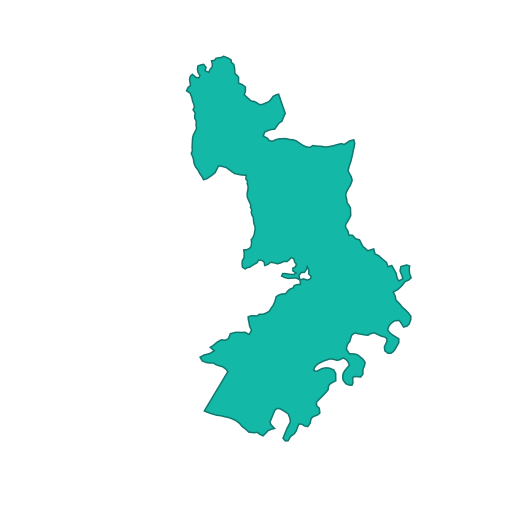 Entre-Ijuís, Rio Grande do Sul, Brazil (Albers equal-area conic projection), rotated 130°
{"feature_id": "56859067B25035213564080", "entity_name": "Entre-Ijuís", "entity_type": "district", "adm_level": 2, "iso_a3": "BRA", "parent_name": "Brazil", "parent_adm1": "Rio Grande do Sul", "projection": "albers", "projection_center": [-54.301, -28.49], "detail": "fine", "context": "isolated", "style": "filled", "palette": "teal", "viewbox_px": 512, "rotation_deg": 130, "n_neighbors": 0, "source": "geoboundaries", "source_scale": "gbopen_adm2", "svg_char_len": 5830}
<svg xmlns="http://www.w3.org/2000/svg" viewBox="0 0 512 512"><g transform="rotate(130 256 256)"><path d="M367.4,112.4L363.8,112.8L361.3,113.8L357.4,115.2L355.4,112.9L355.0,109.7L353.5,106.8L349.4,107.0L346.0,108.9L343.3,109.3L340.8,108.1L337.7,106.5L335.2,106.2L331.9,109.7L331.8,113.3L329.0,115.8L319.5,115.0L315.1,114.7L312.0,114.8L309.8,116.4L307.3,117.2L304.1,116.3L300.3,114.7L294.8,119.4L293.3,123.3L294.8,127.9L296.8,130.7L299.7,133.0L302.1,134.1L305.5,135.5L306.6,138.2L304.4,139.3L302.0,139.6L298.5,139.1L293.0,136.7L287.4,133.3L285.4,130.4L283.7,126.6L281.0,124.8L278.2,123.9L277.4,120.8L277.8,117.9L279.5,114.3L287.1,114.3L290.1,113.6L292.4,112.3L295.1,109.5L296.1,105.1L295.1,101.9L293.4,99.4L290.7,100.2L288.5,102.6L286.2,103.8L283.6,101.4L281.5,98.0L277.8,98.2L273.9,101.3L270.5,102.3L267.4,104.0L266.3,107.8L266.3,112.2L266.6,115.3L268.0,118.0L270.8,121.6L269.3,126.8L266.2,128.7L263.7,129.3L261.2,129.2L258.4,130.5L255.3,131.8L251.3,130.9L250.3,128.5L248.6,125.6L246.6,122.1L244.8,119.3L241.8,118.3L238.8,116.0L237.8,111.9L236.7,108.0L235.3,105.4L235.2,102.6L237.4,100.7L240.0,100.1L243.2,99.2L245.8,96.3L245.7,92.5L243.8,90.1L241.0,89.4L238.0,89.5L234.9,90.1L230.6,90.9L227.7,93.3L228.1,96.2L228.7,100.7L228.8,104.1L228.1,107.6L224.2,109.2L220.6,109.2L216.6,108.2L213.3,104.7L214.4,100.7L215.6,97.3L212.8,95.3L209.5,95.0L205.2,96.6L202.6,98.7L201.7,102.4L201.2,107.0L201.2,111.0L200.4,114.8L199.7,120.7L197.2,123.7L195.3,127.7L190.6,125.8L187.6,125.4L184.0,125.1L179.9,125.4L176.3,123.6L173.0,123.1L171.0,126.7L167.6,130.2L164.9,131.8L166.0,134.8L170.9,138.2L174.8,136.1L178.8,128.8L183.3,130.5L182.5,133.2L179.1,137.7L176.0,145.9L179.4,148.0L177.0,151.9L177.1,155.7L176.9,162.4L177.9,166.2L174.9,170.4L180.2,173.8L179.9,177.5L180.1,180.1L177.1,187.1L178.8,190.8L178.1,195.4L180.3,198.2L177.9,201.4L176.4,205.9L174.1,207.6L170.7,208.0L164.3,209.3L158.5,214.5L157.3,217.7L156.6,220.5L154.0,223.3L151.8,226.4L148.6,227.9L144.5,228.7L141.1,229.2L136.3,230.9L134.0,234.0L132.9,237.1L131.6,240.2L128.5,241.8L125.7,243.0L122.2,244.3L118.8,246.0L116.4,247.2L113.0,249.1L108.9,251.2L106.4,252.7L104.1,255.8L107.9,258.4L111.2,259.3L113.9,260.2L115.1,262.9L117.1,264.4L119.6,266.2L121.7,267.5L124.4,269.7L127.7,272.5L130.0,276.5L132.6,279.9L135.0,283.6L138.0,284.3L139.8,287.2L140.9,290.3L141.5,294.4L141.9,299.0L143.0,302.1L145.2,305.2L147.0,308.8L149.2,311.2L151.4,313.6L154.1,315.6L157.6,317.2L159.1,320.0L158.4,322.8L159.4,327.6L155.4,329.0L151.7,327.2L149.3,325.6L146.9,323.2L143.0,323.6L139.6,323.8L135.9,322.8L133.0,323.8L130.3,324.7L128.0,325.2L117.5,342.7L119.8,344.3L122.7,345.5L126.3,345.2L129.5,345.3L136.2,348.8L137.9,351.0L138.1,354.1L138.9,357.0L140.4,359.2L140.2,364.5L140.0,368.7L136.9,369.8L133.4,372.6L133.5,376.6L134.8,380.4L132.5,382.4L130.3,384.2L129.8,386.8L129.8,389.5L127.9,391.2L125.6,393.4L123.5,396.2L123.5,399.2L121.8,401.2L122.4,404.9L123.9,409.3L126.3,410.2L128.2,412.1L130.4,413.7L132.8,413.5L135.0,415.6L136.9,413.0L139.3,411.1L142.6,411.1L145.8,410.3L146.7,414.2L143.6,415.5L142.9,419.4L145.5,421.4L147.9,422.6L150.8,420.7L152.8,418.1L153.7,415.0L156.0,414.2L157.8,416.6L157.7,421.5L160.4,421.9L163.2,420.6L165.6,418.0L167.5,415.7L170.4,416.4L174.1,415.4L173.6,411.1L176.0,406.9L178.2,404.0L179.7,401.2L181.5,398.9L184.5,398.2L185.5,394.5L188.0,393.1L189.9,391.4L191.0,388.5L194.0,386.3L196.5,383.5L200.4,382.5L203.3,381.9L206.4,380.4L210.3,377.5L213.8,374.8L216.3,372.4L219.1,371.5L220.4,368.8L222.0,366.2L224.9,363.0L226.7,359.3L227.4,355.5L228.9,352.3L229.9,348.5L231.3,345.2L228.5,343.4L222.8,341.7L218.3,340.9L214.6,341.8L211.0,342.6L209.0,339.3L207.4,335.8L207.1,332.0L206.9,328.6L206.6,325.4L205.3,322.9L203.7,319.9L202.1,317.6L200.4,315.4L203.6,313.2L204.1,310.6L206.2,309.3L207.7,306.8L210.6,304.7L213.7,303.1L216.4,300.6L218.3,297.1L220.1,293.0L222.2,291.6L223.3,289.0L225.5,287.8L227.2,285.5L228.1,283.0L229.9,281.2L232.4,278.6L234.1,275.7L235.9,274.0L238.1,272.7L240.9,271.1L244.1,270.2L246.5,270.2L248.8,267.8L252.2,265.7L255.2,266.1L257.4,267.4L259.2,269.3L261.5,266.8L265.1,264.0L268.3,263.5L270.8,261.8L273.3,259.2L272.9,256.0L270.4,255.1L268.4,253.5L265.0,252.6L260.6,250.9L257.4,251.4L255.6,248.6L255.4,245.9L257.7,243.2L254.9,241.5L251.6,240.9L249.4,237.5L248.3,234.7L246.0,233.0L242.1,231.0L240.3,228.7L237.2,228.1L234.6,228.0L233.8,225.3L235.8,222.4L236.3,219.8L239.0,218.8L241.6,219.9L243.7,218.2L243.3,214.3L245.8,215.1L248.1,218.0L250.6,222.2L252.3,224.3L254.9,223.5L254.0,220.0L252.3,216.7L250.0,214.4L247.0,211.1L246.1,206.9L249.1,203.7L251.6,206.2L254.1,207.7L256.7,207.1L260.0,208.9L263.0,209.2L266.0,209.0L268.6,211.9L271.3,213.5L274.2,214.4L276.8,213.1L279.6,212.0L283.2,211.0L286.4,210.9L289.5,210.3L292.8,211.4L296.0,213.1L298.6,216.1L301.2,216.5L303.1,219.2L305.2,221.5L307.7,222.9L309.7,220.9L311.3,218.8L313.8,215.8L315.7,211.8L320.4,210.7L321.5,215.4L324.2,218.3L325.7,220.4L327.8,222.7L332.0,225.7L337.0,224.0L340.3,225.4L342.4,228.6L346.5,230.3L349.9,230.9L352.9,231.5L355.4,232.4L355.4,227.1L360.4,228.7L365.1,232.1L369.5,233.8L370.9,229.8L369.6,225.7L368.1,223.2L365.4,219.9L365.0,216.9L364.1,214.4L362.3,210.4L362.0,206.4L362.8,203.2L407.9,196.0L407.0,193.0L405.9,189.9L404.8,187.3L403.3,183.9L401.1,180.5L399.4,177.0L398.1,174.6L396.9,172.0L395.9,169.0L395.0,165.6L394.8,160.9L395.5,157.0L395.3,152.5L395.5,148.2L392.8,144.1L390.1,141.4L390.2,138.6L389.2,135.0L385.7,134.7L381.8,134.5L378.4,132.6L376.2,130.9L375.9,133.6L375.5,136.2L374.4,138.5L369.7,140.0L365.7,141.3L361.6,142.5L358.9,141.6L357.5,139.2L356.7,134.4L356.2,129.9L358.6,125.6L361.1,123.0L368.9,121.2L378.3,118.1L378.8,114.6L376.9,112.7L372.1,113.5L367.4,112.4ZM246.1,206.9L243.3,210.6L239.7,210.8L237.4,208.4L234.0,208.7L231.2,209.9L233.0,206.3L235.9,204.1L236.2,200.3L238.8,199.7L241.6,201.4L242.9,204.9L246.1,206.9Z" fill="#14b8a6" stroke="#0f766e" stroke-width="1.5"/></g></svg>